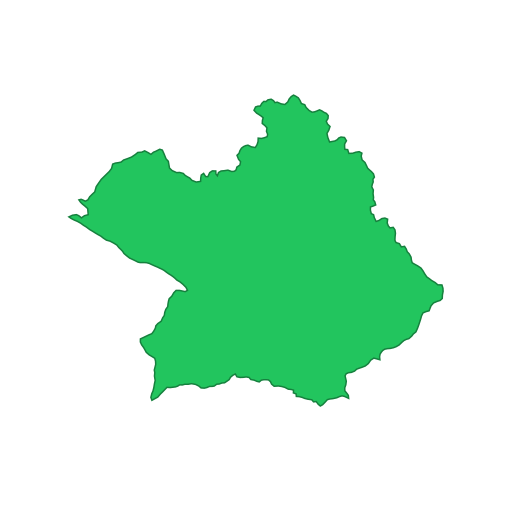 outline of Araxá, Minas Gerais, Brazil, rotated 14°
{"feature_id": "56859067B23765834609949", "entity_name": "Araxá", "entity_type": "district", "adm_level": 2, "iso_a3": "BRA", "parent_name": "Brazil", "parent_adm1": "Minas Gerais", "projection": "albers", "projection_center": [-46.987, -19.634], "detail": "fine", "context": "isolated", "style": "filled", "palette": "green", "viewbox_px": 512, "rotation_deg": 14, "n_neighbors": 0, "source": "geoboundaries", "source_scale": "gbopen_adm2", "svg_char_len": 5411}
<svg xmlns="http://www.w3.org/2000/svg" viewBox="0 0 512 512"><g transform="rotate(14 256 256)"><path d="M319.2,130.6L316.4,131.0L315.5,128.4L314.9,125.8L315.9,122.3L313.2,119.6L309.7,120.0L307.8,121.4L306.6,123.6L304.6,125.4L302.3,126.4L299.8,127.6L297.0,123.6L295.2,119.9L296.2,116.3L296.5,112.4L293.5,110.7L291.6,108.3L292.6,105.2L292.1,102.3L289.8,100.6L287.0,100.1L284.9,99.3L282.3,98.8L280.1,100.5L277.9,102.0L275.6,102.9L272.2,101.9L268.6,99.7L266.7,97.4L263.2,97.1L261.0,94.4L258.8,92.3L255.8,91.3L253.5,90.8L251.6,92.8L250.2,95.6L249.6,98.8L247.4,102.0L243.5,102.3L239.4,101.6L237.2,102.6L235.5,101.1L232.8,100.2L229.8,101.6L228.4,103.7L226.2,104.1L224.7,106.5L223.9,109.5L221.7,110.1L219.5,111.5L218.8,115.1L222.0,117.2L224.5,118.0L227.2,119.0L229.5,120.1L229.4,122.8L230.0,125.9L233.1,127.3L235.6,129.0L236.0,132.5L237.8,135.0L238.0,137.5L235.2,139.4L232.9,140.6L229.6,141.1L230.3,144.4L230.1,147.6L229.1,150.9L225.0,151.2L221.4,150.4L219.3,151.4L217.5,152.8L215.8,154.9L214.9,157.8L214.7,160.5L213.2,162.9L215.7,166.4L218.2,168.2L218.4,171.6L215.9,174.4L215.9,177.1L214.6,179.0L212.0,179.9L208.0,179.5L204.6,180.9L201.5,182.0L199.4,184.1L199.1,187.5L197.2,186.0L196.4,183.2L193.0,184.0L190.9,186.3L190.1,190.7L187.9,191.1L185.2,188.5L183.3,190.7L183.5,193.6L184.2,197.0L180.1,198.7L175.5,198.1L172.9,196.4L170.2,195.7L167.7,194.9L165.5,193.5L161.7,193.4L158.8,194.3L153.9,193.4L150.8,191.6L149.6,188.9L148.0,185.3L145.2,183.5L142.1,179.2L139.5,175.9L136.8,175.7L133.2,178.8L131.4,180.1L129.5,182.8L126.3,181.8L122.5,180.9L120.0,182.9L116.3,184.1L114.2,186.9L111.3,190.1L107.8,192.6L104.3,194.9L102.4,197.5L99.7,198.8L97.0,199.9L94.7,201.5L94.7,206.0L93.2,209.5L90.8,213.4L87.3,219.1L85.3,224.3L84.2,227.3L84.0,232.9L82.2,235.6L80.3,238.8L79.3,242.2L77.1,244.1L74.8,243.6L72.6,243.3L70.6,244.4L72.8,246.3L75.0,247.6L77.6,248.8L81.2,250.7L82.0,253.0L83.2,256.5L79.8,258.4L77.4,261.2L74.4,259.8L71.8,259.3L68.1,260.8L65.0,263.3L67.6,264.3L71.0,265.1L74.3,265.6L78.0,266.6L81.1,267.9L84.3,268.9L88.3,270.6L91.4,271.5L94.7,272.6L97.7,273.5L100.5,274.2L103.6,275.6L107.0,276.8L110.8,276.9L114.8,277.9L118.3,279.0L120.9,281.0L123.2,282.3L125.4,283.7L127.3,285.5L130.5,287.1L133.9,288.6L137.1,289.2L140.0,289.8L143.0,290.5L145.3,290.4L148.0,289.7L151.1,289.0L154.2,289.0L156.6,289.5L160.5,290.2L163.3,290.6L165.5,291.1L168.2,291.6L170.3,292.2L172.8,293.3L175.6,294.4L177.9,295.1L180.5,296.1L182.6,297.1L185.0,298.5L188.5,299.5L191.9,301.1L195.7,303.4L197.8,305.9L195.9,307.7L190.2,307.9L186.8,308.7L185.1,311.6L184.0,315.4L182.1,318.4L182.0,320.8L182.2,323.8L182.6,326.5L181.4,329.6L181.1,332.7L181.4,335.9L180.4,338.6L179.8,342.2L177.1,345.3L175.7,348.0L175.8,350.4L174.9,353.8L173.7,356.6L171.2,358.4L168.3,360.8L166.4,362.4L163.9,364.4L164.6,367.4L166.5,369.8L169.2,372.1L171.1,374.1L172.8,376.0L176.3,377.8L179.1,378.6L182.5,379.7L184.0,382.4L184.9,385.4L184.9,388.7L184.9,391.3L186.0,393.6L186.5,397.0L188.3,401.2L188.4,404.8L188.7,408.3L188.7,412.1L188.2,414.7L188.2,418.6L189.9,421.2L192.5,418.8L194.8,416.7L196.7,412.9L198.1,410.7L199.6,408.1L201.4,405.0L204.6,404.4L206.9,403.5L209.5,402.5L211.5,401.2L213.1,399.5L215.8,398.9L217.9,397.7L221.1,396.9L224.3,395.5L228.4,395.2L232.0,396.0L234.6,397.3L237.9,396.7L240.2,395.5L242.4,393.8L244.8,393.2L246.9,392.3L248.9,389.9L251.3,389.1L253.6,387.5L256.2,386.6L258.1,384.5L259.9,382.4L260.6,379.8L262.5,377.2L264.5,375.5L266.7,377.8L269.9,377.7L273.0,376.8L275.8,375.7L278.7,375.5L280.8,377.1L284.2,376.9L287.2,377.4L289.6,377.4L291.2,375.2L293.4,374.2L295.7,373.6L298.1,373.2L300.4,374.4L302.1,376.5L305.1,378.0L309.2,376.7L312.5,376.4L315.8,376.5L319.5,377.4L322.5,377.0L324.9,377.1L325.4,379.8L328.3,380.1L329.1,382.5L331.9,382.0L334.9,382.0L337.6,382.4L340.8,382.4L344.9,382.0L347.1,383.6L349.7,382.7L352.2,384.8L354.7,386.0L356.6,384.2L358.4,381.1L360.0,378.1L362.2,376.9L365.1,375.8L368.7,374.0L371.0,372.2L373.3,370.9L375.6,370.8L377.9,371.2L380.3,371.7L379.3,368.9L377.3,367.2L374.8,365.3L374.0,362.4L374.3,359.3L373.9,355.7L372.6,353.1L371.4,350.7L372.0,348.4L373.9,346.9L376.8,345.8L379.5,343.8L381.0,341.5L383.1,340.0L385.5,338.5L388.6,336.3L391.0,333.2L392.5,329.3L395.0,326.6L398.5,326.6L401.3,326.7L400.3,323.9L400.1,321.3L400.8,319.1L401.8,317.0L403.4,315.3L405.9,314.1L408.6,313.2L411.6,311.7L413.9,310.1L416.4,307.7L418.3,304.6L420.0,302.2L422.0,300.5L424.3,299.2L426.5,296.0L427.5,293.6L429.5,291.0L430.2,287.1L430.6,283.3L431.0,277.7L431.1,274.0L431.8,270.8L434.5,268.8L437.2,267.3L437.5,264.7L437.9,261.9L439.6,258.6L442.9,256.1L445.4,254.6L447.0,252.2L446.3,248.7L446.1,245.1L445.2,242.1L443.4,239.1L439.4,240.0L436.2,238.4L432.4,237.3L429.7,236.1L426.8,235.0L423.8,232.3L421.6,230.0L419.0,227.8L415.1,226.4L412.3,225.7L409.2,224.8L407.8,222.4L406.7,219.6L404.2,216.9L401.7,215.3L400.1,212.9L397.8,210.7L394.8,212.0L392.1,209.3L388.6,209.1L387.0,207.2L386.3,203.8L385.8,200.2L384.5,197.0L382.2,195.0L379.2,196.3L377.1,194.8L375.3,192.2L374.8,188.4L371.9,188.0L369.1,189.2L366.8,191.7L364.2,193.4L361.5,190.2L360.1,187.5L357.6,187.0L355.9,183.8L355.2,180.7L357.3,179.4L359.8,177.5L358.1,174.6L356.2,173.1L355.9,170.7L354.5,167.2L353.9,163.6L351.6,160.9L351.5,158.3L351.8,155.8L350.9,153.3L351.8,150.8L350.1,147.9L347.6,146.2L345.4,145.1L343.1,143.8L341.6,141.9L339.1,138.9L335.7,137.1L333.9,133.6L333.9,130.6L330.9,129.8L327.6,131.2L325.0,132.9L321.3,134.0L319.2,130.6Z" fill="#22c55e" stroke="#15803d" stroke-width="1.5"/></g></svg>